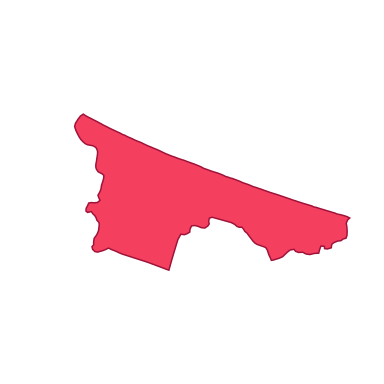 Jaguaruna, Santa Catarina, Brazil (Robinson projection), rotated 235°
{"feature_id": "56859067B4369152609379", "entity_name": "Jaguaruna", "entity_type": "district", "adm_level": 2, "iso_a3": "BRA", "parent_name": "Brazil", "parent_adm1": "Santa Catarina", "projection": "robinson", "projection_center": [-49.046, -28.668], "detail": "fine", "context": "isolated", "style": "filled", "palette": "rose", "viewbox_px": 384, "rotation_deg": 235, "n_neighbors": 0, "source": "geoboundaries", "source_scale": "gbopen_adm2", "svg_char_len": 2985}
<svg xmlns="http://www.w3.org/2000/svg" viewBox="0 0 384 384"><g transform="rotate(235 192 192)"><path d="M68.2,283.4L66.7,286.0L66.8,288.9L65.8,291.6L67.5,294.0L70.6,296.4L73.3,298.1L75.5,299.3L77.9,300.4L79.8,303.3L80.2,306.3L82.7,305.0L84.9,303.4L87.0,301.7L88.8,300.1L90.9,298.1L92.9,296.9L94.8,295.3L97.1,293.6L99.3,291.8L101.9,289.8L105.0,287.3L108.2,284.9L109.8,283.3L111.8,282.2L114.1,280.4L116.6,278.4L119.0,276.5L121.0,275.0L123.2,273.3L125.2,271.9L127.3,270.2L129.9,268.4L132.9,266.2L135.4,264.4L137.4,262.9L139.8,261.2L144.2,257.8L147.2,255.5L149.9,253.6L152.1,252.0L154.3,250.5L156.7,248.7L159.3,246.8L161.1,245.3L163.1,244.1L165.8,242.4L168.5,240.4L170.7,238.8L173.5,237.2L176.3,235.3L179.7,233.0L181.8,231.2L183.6,230.0L185.3,228.5L187.8,227.2L190.6,225.4L192.7,224.0L195.2,222.0L197.7,220.1L199.7,218.7L202.7,216.6L204.6,215.2L207.7,213.7L211.1,211.5L214.0,209.6L216.5,207.8L219.6,205.6L222.3,203.8L224.9,201.8L227.3,200.0L230.3,198.0L232.9,196.1L235.6,194.3L238.4,192.5L241.7,190.6L245.0,188.8L247.1,187.5L249.7,185.8L252.0,184.4L254.9,182.5L257.6,180.9L259.6,179.8L261.6,178.7L263.6,177.4L265.4,176.2L267.5,174.9L270.1,173.5L272.0,172.3L274.4,170.8L277.0,169.5L279.3,167.9L281.7,166.8L284.1,165.3L287.0,163.7L290.6,161.6L294.4,159.6L298.0,157.6L300.0,156.7L302.1,155.6L304.2,154.6L307.1,153.0L310.0,151.5L312.7,150.0L315.4,148.7L318.2,147.6L318.2,144.2L317.0,140.4L315.1,135.9L312.9,133.4L309.0,132.2L306.0,131.7L303.1,131.3L300.6,131.1L298.6,131.1L295.8,131.5L292.7,132.3L290.4,133.7L288.4,135.7L286.4,137.6L283.6,138.8L280.2,138.3L277.8,136.8L275.7,134.9L273.9,133.1L272.2,131.6L270.1,129.4L267.8,127.6L265.7,126.8L262.4,126.7L258.4,128.8L256.2,129.3L254.1,127.7L251.9,125.1L249.3,121.6L246.6,119.1L244.9,116.5L243.3,113.1L240.6,112.3L238.0,111.9L237.6,108.7L239.3,105.6L241.1,103.5L242.2,101.1L240.7,98.6L239.4,96.0L237.2,94.2L235.2,94.7L233.7,98.3L230.8,98.3L228.6,98.8L226.2,98.7L223.4,97.9L220.5,98.3L218.2,97.1L215.9,95.0L214.0,93.3L212.1,90.4L211.1,88.1L210.2,85.3L207.6,82.8L205.1,81.1L204.6,78.7L202.0,77.7L198.9,78.3L196.9,80.2L195.1,85.4L194.5,88.0L193.9,91.5L190.9,93.1L188.2,95.0L186.0,96.3L183.4,97.8L181.5,99.0L160.8,114.7L141.2,128.2L148.0,136.5L152.4,142.0L161.1,153.1L163.8,158.6L161.4,161.3L160.7,163.9L160.4,167.1L162.8,169.2L164.5,172.3L162.9,175.1L161.1,176.7L159.3,178.0L157.4,179.2L155.1,181.9L155.1,185.6L156.0,187.8L158.5,188.9L160.6,191.2L159.8,194.0L144.6,206.5L141.0,208.4L138.0,209.1L136.0,210.5L134.5,212.7L132.0,212.9L129.4,212.7L126.5,213.5L124.3,213.5L122.0,213.6L119.2,213.7L116.6,213.8L113.9,214.3L111.7,215.3L109.0,217.2L106.4,219.1L104.3,220.5L101.3,220.4L98.4,219.5L96.3,218.9L93.1,218.4L90.5,217.8L89.4,220.1L88.7,222.5L87.8,225.1L87.0,229.0L87.6,233.0L88.0,235.5L88.2,239.2L86.5,242.7L84.0,242.8L81.4,244.6L79.0,248.3L76.0,249.7L73.2,252.6L71.4,257.2L69.2,260.7L71.7,263.6L73.8,266.6L71.5,269.3L69.6,268.1L67.7,270.2L66.4,274.1L69.0,276.5L69.1,279.4L68.2,283.4Z" fill="#f43f5e" stroke="#9f1239" stroke-width="1.5"/></g></svg>